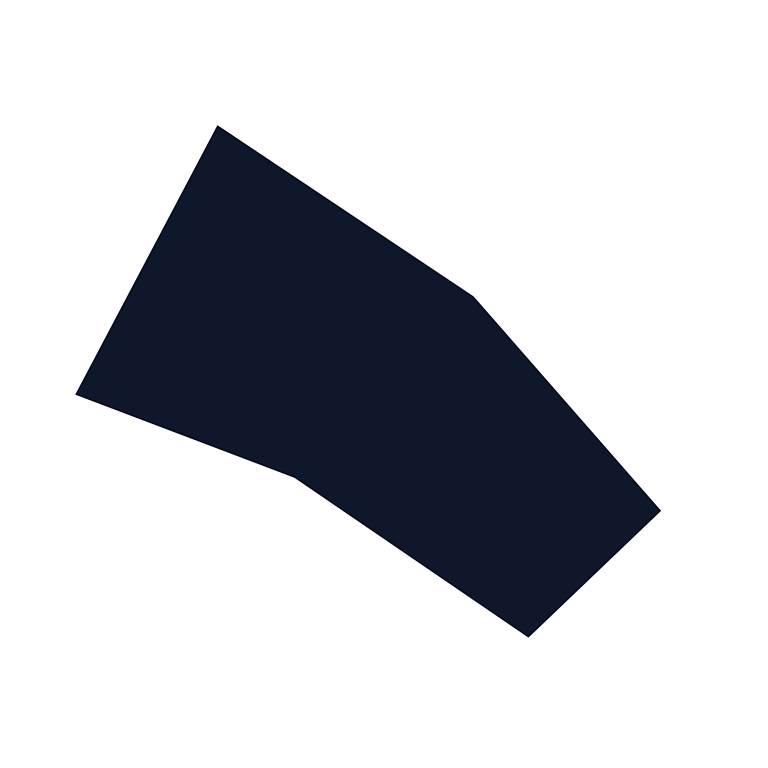 SVG path tracing the border of Ngiwal, rotated 283°
{"feature_id": "PLW-5257", "entity_name": "Ngiwal", "entity_type": "state/province", "adm_level": 1, "iso_a3": "PLW", "parent_name": "Palau", "parent_adm1": "", "projection": "mercator", "projection_center": [134.634, 7.565], "detail": "fine", "context": "isolated", "style": "filled", "palette": "ink", "viewbox_px": 768, "rotation_deg": 283, "n_neighbors": 0, "source": "natural_earth", "source_scale": "10m", "svg_char_len": 254}
<svg xmlns="http://www.w3.org/2000/svg" viewBox="0 0 768 768"><g transform="rotate(283 384 384)"><path d="M597.7,164.0L488.8,451.3L322.6,681.5L170.3,581.5L273.2,318.0L304.8,86.5L597.7,164.0Z" fill="#0f172a" stroke="#020617" stroke-width="1.5"/></g></svg>